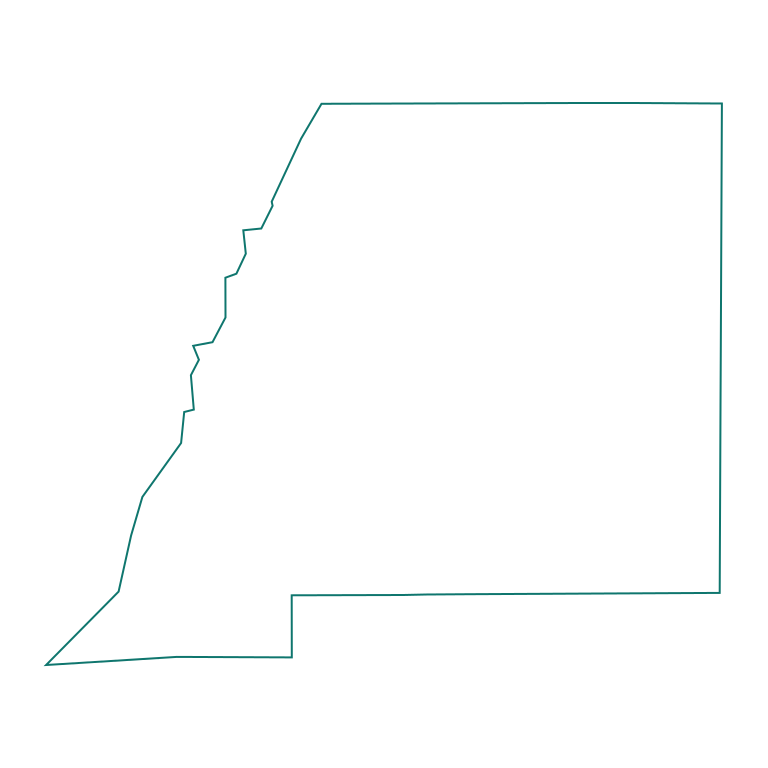 Attala, Mississippi, United States of America
{"feature_id": "52423323B11508580197102", "entity_name": "Attala", "entity_type": "district", "adm_level": 2, "iso_a3": "USA", "parent_name": "United States of America", "parent_adm1": "Mississippi", "projection": "equal_earth", "projection_center": [-89.691, 33.083], "detail": "fine", "context": "isolated", "style": "outline", "palette": "teal", "viewbox_px": 768, "rotation_deg": 0, "n_neighbors": 0, "source": "geoboundaries", "source_scale": "gbopen_adm2", "svg_char_len": 546}
<svg xmlns="http://www.w3.org/2000/svg" viewBox="0 0 768 768"><path d="M719.7,592.9L720.5,407.8L720.8,347.7L721.9,103.5L633.7,103.0L579.1,103.0L380.0,103.6L321.5,103.8L301.1,138.6L271.7,201.7L272.6,205.8L261.3,228.5L243.3,230.3L245.8,253.7L236.4,273.7L225.4,277.7L225.5,317.5L212.5,342.2L193.2,345.8L198.9,359.8L190.9,375.2L193.8,409.6L184.2,412.0L181.1,443.0L142.4,496.9L131.1,535.5L118.6,591.6L46.1,665.0L176.8,656.9L291.8,657.4L291.7,595.3L403.4,595.0L426.4,594.5L469.4,594.2L719.7,592.9Z" fill="none" stroke="#0f766e" stroke-width="2"/></svg>